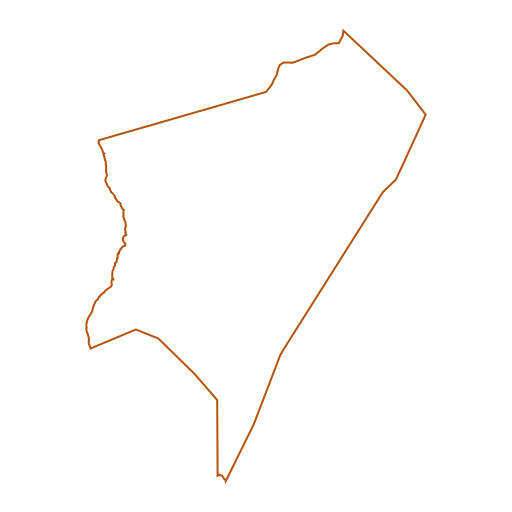 the district of Ngeruluobel, Airai, Palau
{"feature_id": "81905179B90317674654188", "entity_name": "Ngeruluobel", "entity_type": "district", "adm_level": 2, "iso_a3": "PLW", "parent_name": "Palau", "parent_adm1": "Airai", "projection": "albers", "projection_center": [134.513, 7.38], "detail": "fine", "context": "isolated", "style": "outline", "palette": "amber", "viewbox_px": 512, "rotation_deg": 0, "n_neighbors": 0, "source": "geoboundaries", "source_scale": "gbopen_adm2", "svg_char_len": 2316}
<svg xmlns="http://www.w3.org/2000/svg" viewBox="0 0 512 512"><path d="M98.9,140.2L99.1,141.3L98.7,141.8L98.4,142.7L99.1,144.1L100.1,145.9L101.1,147.5L101.7,148.9L102.5,150.6L103.1,152.5L104.4,153.6L103.7,154.2L103.5,155.3L104.2,156.1L104.6,158.0L104.8,159.3L105.2,160.6L105.8,161.6L105.8,162.9L105.8,164.4L106.2,165.9L106.2,166.8L106.1,168.0L106.3,169.0L106.1,170.1L106.0,171.0L106.3,172.4L106.8,174.1L106.8,175.3L106.3,177.0L105.7,178.5L105.4,179.9L105.6,181.7L106.7,183.6L107.9,186.7L109.2,187.7L109.9,188.7L109.7,189.1L110.4,190.2L111.1,192.1L113.0,193.7L114.3,195.3L114.5,195.9L115.2,197.0L115.1,198.0L116.0,199.0L116.7,200.0L117.7,201.6L118.4,202.0L119.2,202.4L120.2,203.0L120.6,203.7L120.6,204.7L120.8,205.8L121.7,207.5L122.9,209.3L123.7,209.9L123.7,210.8L123.5,212.1L123.3,213.8L123.6,215.4L123.2,216.9L124.1,218.4L124.4,220.1L125.5,222.1L125.6,223.6L125.9,225.8L125.3,227.3L124.9,228.4L125.0,229.7L125.8,232.2L125.4,232.6L125.4,233.8L126.3,234.6L125.6,235.5L123.7,236.4L122.9,238.3L122.9,240.0L124.3,242.8L125.4,243.8L125.1,245.8L123.6,246.1L121.9,247.4L121.4,248.5L120.7,248.7L120.3,249.9L119.2,251.4L119.1,253.1L118.5,252.8L117.6,254.5L117.7,258.0L117.1,258.3L116.4,262.2L115.0,263.2L115.0,265.6L113.8,267.2L113.4,269.7L112.7,270.5L112.3,273.7L112.2,277.0L113.3,279.4L112.1,279.3L111.6,281.3L111.4,282.5L111.8,284.5L111.6,285.6L110.8,286.8L109.1,287.9L105.5,290.5L104.2,292.3L102.9,293.1L102.2,294.0L100.8,294.9L99.7,296.6L99.2,296.5L97.9,299.3L97.1,299.9L95.8,301.2L95.0,302.6L94.2,304.5L93.6,306.1L93.0,307.7L92.5,310.4L91.8,311.8L91.2,313.2L90.3,314.5L89.2,316.3L88.1,318.3L87.2,320.6L86.6,322.9L86.3,325.7L86.7,327.8L86.3,329.4L86.6,331.1L87.4,333.1L88.0,335.0L88.9,338.6L88.9,340.6L88.7,342.2L89.1,344.7L90.2,346.9L90.5,348.5L135.9,329.5L158.3,338.5L166.7,346.6L178.4,358.1L194.8,374.2L217.2,400.1L217.6,475.8L218.6,475.3L219.0,474.7L221.7,475.6L222.0,475.6L222.6,476.5L223.2,477.4L224.0,478.7L225.3,479.7L225.7,481.3L253.8,424.2L280.3,355.0L285.2,346.8L382.9,192.0L395.7,179.8L402.8,164.7L425.7,114.6L406.9,90.3L343.4,30.7L342.7,35.9L338.7,43.2L333.9,43.3L328.8,44.4L323.4,47.9L314.9,54.8L305.2,57.9L294.3,62.2L291.9,62.8L288.8,62.5L283.6,62.5L279.8,65.0L278.2,68.5L276.6,75.1L273.6,80.3L272.2,83.9L269.8,87.2L266.0,91.9L191.4,113.5L98.9,140.2Z" fill="none" stroke="#b45309" stroke-width="2"/></svg>